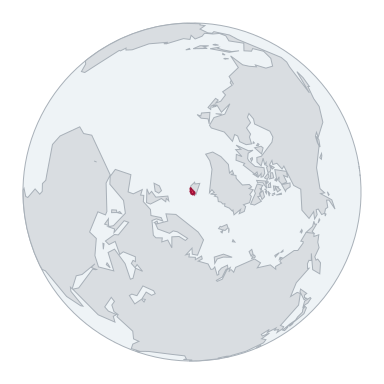 Austurland highlighted on a globe, orthographic projection, rotated 117°
{"feature_id": "ISL-695", "entity_name": "Austurland", "entity_type": "Region", "adm_level": 1, "iso_a3": "ISL", "parent_name": "Iceland", "parent_adm1": "", "projection": "orthographic", "projection_center": [-15.126, 64.88], "detail": "fine", "context": "on_globe", "style": "filled", "palette": "rose", "viewbox_px": 384, "rotation_deg": 117, "n_neighbors": 0, "source": "natural_earth", "source_scale": "10m", "svg_char_len": 12038}
<svg xmlns="http://www.w3.org/2000/svg" viewBox="0 0 384 384"><g transform="rotate(117 192 192)"><circle cx="192" cy="192" r="169" fill="#eef3f6" stroke="#a8b0b8"/><path d="M45.7,276.5L38.4,261.2L39.5,260.8L37.9,256.0L43.2,258.8L43.0,250.2L41.4,246.1L39.2,245.3L35.1,229.8L35.3,220.6L31.6,173.6L33.2,166.6L36.2,162.0L50.4,132.4L37.1,153.2L39.7,144.9L44.7,135.3L45.4,136.6L53.6,125.9L58.0,117.6L70.4,107.1L85.9,104.4L82.3,108.2L86.4,107.3L91.2,102.6L93.3,99.7L113.9,92.0L130.9,79.5L132.5,73.4L135.1,76.7L135.5,63.9L142.3,56.8L137.0,66.3L138.2,68.4L144.0,64.1L146.5,65.4L150.7,64.2L153.2,66.2L149.9,71.8L151.4,73.3L155.4,70.2L160.4,70.5L154.3,74.7L162.4,75.7L158.3,85.8L140.1,96.4L140.0,104.4L127.2,121.9L130.6,122.2L127.9,129.4L130.8,132.5L127.6,135.1L132.7,135.3L135.1,132.4L138.2,131.6L140.1,133.2L136.3,136.7L134.8,136.4L134.7,138.3L132.0,139.4L134.5,139.8L129.6,144.0L137.3,142.3L135.8,147.7L131.8,149.9L128.6,146.4L111.3,143.4L106.3,144.9L102.5,150.2L103.0,167.1L99.0,170.3L96.2,176.9L100.1,176.6L103.7,171.3L110.2,172.5L113.8,166.1L116.9,165.8L122.1,160.8L125.2,165.2L125.5,172.3L121.4,176.7L121.4,180.1L128.5,178.9L123.9,190.5L126.2,203.9L124.6,206.7L115.7,206.2L107.7,198.1L96.2,198.3L107.6,202.0L103.3,209.1L104.3,212.0L106.8,214.0L110.0,212.8L109.4,216.1L97.9,213.5L98.2,210.4L101.9,211.2L98.1,207.6L90.3,206.2L88.8,210.2L78.6,204.7L77.4,207.5L74.5,208.0L77.2,203.8L72.2,211.4L60.1,207.2L53.2,219.4L55.7,204.6L54.0,198.1L51.2,191.4L50.0,193.2L48.1,182.4L43.3,177.3L37.1,182.5L34.1,192.1L36.7,203.1L39.5,202.9L42.6,209.8L35.9,213.4L40.6,227.7L37.5,232.8L38.3,239.6L41.7,245.1L44.9,252.9L48.7,253.8L54.2,258.7L52.8,263.9L57.0,263.1L59.2,269.2L71.1,281.6L69.8,281.9L79.5,297.6L92.5,309.9L95.5,315.3L93.7,316.1L98.8,319.9L98.9,321.1L121.1,334.2L134.2,341.8L134.9,345.2L126.2,344.8L123.7,346.5L120.5,345.1L109.0,339.2L98.1,332.4L87.6,324.9L77.8,316.5L68.7,307.5L60.2,297.8L52.6,287.4L45.7,276.5ZM91.4,56.3L91.7,56.0L89.9,57.4L91.4,56.3ZM93.8,54.5L93.1,55.0L93.9,54.4L93.8,54.5ZM95.3,53.5L94.2,54.2L95.4,53.4L95.3,53.5ZM97.3,52.1L96.2,52.8L96.3,52.8L97.3,52.1ZM50.6,222.2L56.1,240.9L50.9,233.8L52.2,234.4L51.3,228.9L48.8,220.3L44.8,214.2L50.6,222.2ZM100.6,49.9L101.5,49.4L100.6,50.0L100.6,49.9ZM57.7,222.7L56.6,219.8L58.0,222.2L57.7,222.7ZM93.8,98.3L91.0,102.4L85.8,106.3L87.8,102.7L93.8,98.3ZM104.1,91.6L103.5,93.7L98.9,94.1L100.7,92.8L104.1,91.6ZM133.0,68.9L130.3,71.5L132.1,68.6L133.0,68.9ZM150.8,63.7L150.8,62.6L153.0,62.4L150.8,63.7ZM120.0,158.7L121.0,159.7L119.5,160.1L120.0,158.7ZM121.3,155.6L118.9,155.4L119.1,153.9L120.6,154.1L121.3,155.6ZM158.8,65.4L162.4,65.6L158.2,66.4L158.8,65.4ZM124.2,156.3L119.9,151.3L120.4,148.7L126.5,147.3L124.2,156.3ZM164.0,66.4L172.6,67.0L173.4,64.5L176.2,72.0L167.9,68.9L162.7,70.1L165.0,68.1L164.0,66.4ZM135.0,130.8L132.6,134.0L132.8,129.9L135.0,130.8ZM134.4,128.4L130.8,117.3L135.4,113.5L135.7,117.9L140.2,112.0L144.2,115.6L142.7,119.7L138.9,121.3L143.3,121.5L134.4,128.4ZM176.4,76.2L177.9,77.3L175.6,77.2L176.4,76.2ZM139.4,131.0L138.3,129.0L142.2,125.6L145.2,128.9L143.0,128.9L139.4,131.0ZM139.4,108.8L142.8,106.9L147.1,109.3L149.0,108.9L144.7,115.4L139.4,108.8ZM143.1,130.5L146.6,130.7L146.5,133.8L140.8,132.7L143.1,130.5ZM141.9,123.3L143.9,121.9L143.8,123.7L141.9,123.3ZM148.3,145.3L146.9,142.8L148.8,140.8L148.3,145.3ZM147.9,130.6L147.9,129.5L148.5,128.5L150.8,129.3L147.9,130.6ZM148.0,116.7L149.0,118.1L149.9,114.1L153.1,115.9L149.7,119.9L152.5,118.9L153.5,119.5L149.6,122.2L148.0,116.7ZM154.9,127.0L151.6,133.0L153.9,137.8L152.3,139.7L148.9,131.6L154.9,127.0ZM152.1,123.9L153.4,126.2L150.7,127.3L148.2,126.4L152.1,123.9ZM156.5,115.6L152.5,111.9L153.4,111.2L156.5,115.6ZM156.1,128.2L156.8,126.8L156.5,128.4L156.1,128.2ZM157.0,119.2L155.4,118.0L156.5,117.2L157.0,119.2ZM159.6,125.0L158.6,126.8L156.8,126.3L159.6,125.0ZM158.8,122.1L160.6,121.3L156.8,124.9L158.0,121.7L158.8,122.1ZM158.2,118.7L158.3,117.8L158.7,119.3L158.2,118.7ZM166.9,126.2L162.5,130.9L158.6,129.5L163.4,125.2L166.9,126.2ZM339.0,108.7L340.7,112.0L342.6,115.4L343.9,118.0L343.4,117.0L341.6,115.6L345.2,123.6L343.3,121.2L341.3,124.1L345.7,135.9L353.8,158.4L357.6,166.0L359.1,175.0L354.4,175.7L349.2,171.5L349.4,177.4L342.9,181.6L337.2,202.2L334.7,202.2L334.0,207.2L329.1,212.1L324.7,211.4L322.5,216.1L334.0,217.6L336.1,212.4L335.5,203.6L338.5,205.7L342.9,201.6L344.0,219.8L332.7,254.1L328.9,249.4L305.8,245.5L304.9,242.4L304.7,242.2L304.3,241.8L305.0,247.5L300.1,245.9L315.4,252.5L319.2,257.1L332.6,254.8L332.0,257.1L335.5,254.8L343.2,237.3L343.9,239.5L342.0,256.3L328.8,286.8L329.0,290.3L326.2,294.6L318.0,304.6L309.0,313.9L299.4,322.5L289.1,330.3L278.3,337.3L266.9,343.4L264.9,343.4L271.5,338.1L271.4,335.8L260.5,333.2L263.1,326.7L259.5,325.7L252.4,329.1L247.9,327.6L243.4,329.0L213.0,337.9L202.0,335.0L184.9,321.6L189.1,315.1L186.9,307.1L213.9,272.6L223.0,272.6L248.0,259.0L251.7,258.7L252.4,266.9L274.1,265.1L276.8,256.2L292.8,249.6L301.2,241.3L297.8,225.9L284.0,239.3L278.1,235.1L286.2,219.1L297.7,207.3L295.7,205.4L285.5,207.7L285.1,200.0L281.6,208.0L285.3,208.4L283.2,213.6L279.7,213.5L279.7,210.8L275.4,213.1L276.5,226.1L280.4,228.0L270.9,238.0L276.5,242.1L275.0,246.9L265.1,241.8L263.7,238.2L247.8,234.7L248.4,239.4L263.5,243.1L260.1,244.2L261.0,251.0L257.7,246.7L241.2,241.7L230.6,249.2L222.4,268.7L215.2,272.0L206.7,270.6L204.3,254.3L220.9,249.0L220.3,243.5L212.4,237.4L218.1,236.4L216.9,233.4L222.7,231.0L226.4,221.1L231.6,217.9L228.8,207.9L231.1,204.9L232.1,211.6L235.6,214.7L248.1,206.8L249.2,203.4L246.4,197.6L250.2,196.3L245.8,191.8L250.9,184.6L241.1,189.6L237.5,183.3L238.2,175.9L235.3,174.8L234.1,187.0L235.2,191.1L239.0,193.2L240.5,205.6L237.2,209.7L228.9,200.4L223.3,205.3L219.3,196.2L224.9,168.3L229.4,160.0L245.8,158.4L247.3,163.5L242.0,166.5L250.8,169.0L248.2,166.2L251.3,165.3L248.7,159.3L250.8,158.3L244.7,154.4L247.0,152.5L250.8,155.1L248.8,145.0L252.4,140.0L251.0,138.2L248.4,137.7L254.7,131.8L253.3,130.7L250.7,132.3L246.4,131.2L241.1,127.2L243.6,125.4L245.8,126.6L254.2,126.5L259.7,130.2L260.2,129.0L255.9,125.4L245.7,125.5L241.9,123.6L246.6,122.8L244.6,123.0L243.4,121.5L244.6,118.4L239.3,118.9L223.3,105.9L224.0,98.8L229.9,99.4L221.4,89.1L222.8,82.3L220.4,83.7L214.7,80.0L214.2,82.0L212.6,82.4L197.7,74.4L196.1,71.2L187.0,69.8L185.7,70.5L186.4,72.7L176.2,72.0L173.4,64.5L176.3,63.2L172.5,59.6L179.7,57.1L183.9,53.5L194.0,53.2L196.4,50.6L194.7,49.5L196.7,45.4L206.9,41.0L206.4,49.2L192.5,57.8L198.9,54.6L199.8,56.8L203.5,56.6L207.7,54.3L206.8,53.1L225.5,57.9L240.4,56.7L233.7,52.7L233.2,49.4L244.4,45.7L270.8,52.6L270.4,49.2L272.8,49.2L278.6,52.5L275.2,52.5L277.7,55.7L275.0,55.4L283.0,61.1L279.4,60.8L287.5,65.6L288.4,64.0L282.6,58.9L291.2,63.4L290.0,59.1L293.9,59.8L309.5,71.7L319.4,82.3L320.9,83.6L322.7,86.7L328.3,93.6L327.8,91.5L339.0,108.7ZM208.6,290.6L208.8,293.3L208.6,290.6ZM312.7,200.8L317.7,192.2L310.5,188.3L311.8,184.8L308.9,184.8L309.9,188.1L302.0,187.4L302.4,181.1L299.3,178.6L297.4,181.4L298.0,193.1L309.4,194.0L310.3,199.3L312.7,200.8ZM71.5,282.0L72.7,284.4L70.7,282.5L71.5,282.0ZM49.1,235.0L50.7,238.0L51.3,240.4L49.8,238.4L49.1,235.0ZM65.8,258.6L68.2,262.1L65.2,259.4L65.8,258.6ZM57.2,243.6L63.8,256.0L58.1,251.3L54.1,243.5L57.4,247.5L57.2,243.6ZM54.8,224.7L55.6,227.0L54.6,227.5L54.8,224.7ZM58.8,224.4L58.3,223.8L58.3,222.0L58.8,224.4ZM104.0,209.3L104.9,209.6L107.0,212.1L105.1,211.9L104.0,209.3ZM122.1,217.4L120.7,222.6L120.3,218.7L117.3,219.4L112.9,212.2L123.5,207.7L119.5,210.9L122.1,217.4ZM109.9,201.6L111.5,206.5L109.3,201.3L109.9,201.6ZM204.7,219.8L208.1,221.1L208.0,225.2L201.4,229.8L201.4,223.8L204.7,219.8ZM213.0,221.9L206.6,211.7L210.5,208.6L209.4,212.0L212.6,211.0L211.7,216.3L221.6,223.6L222.1,227.7L209.6,233.6L213.4,229.3L209.8,228.3L213.0,221.9ZM183.5,193.0L180.8,189.0L192.7,187.3L193.9,191.2L187.4,195.9L182.1,194.1L183.5,193.0ZM135.8,155.0L134.0,154.0L135.1,153.0L137.5,153.0L135.8,155.0ZM147.5,144.3L144.8,158.5L142.6,158.0L143.7,167.2L138.3,169.6L137.8,163.5L134.4,172.3L131.8,167.8L130.2,174.0L129.6,160.2L127.1,156.6L131.9,159.6L137.0,157.6L138.4,155.6L140.6,147.4L137.7,138.9L142.2,135.7L146.1,135.7L147.5,137.2L144.2,138.8L148.4,139.7L144.6,143.2L147.5,144.3ZM189.9,140.1L185.4,140.8L193.3,144.2L189.5,147.3L190.7,147.5L189.4,151.4L189.8,156.5L187.5,157.4L188.7,159.0L187.8,161.7L188.6,164.2L184.9,166.8L185.5,170.2L183.4,169.4L185.5,174.6L182.3,171.9L180.9,175.3L184.8,176.1L162.7,184.5L156.0,190.4L152.1,197.0L147.0,191.7L147.3,182.4L150.9,172.1L158.1,167.2L154.5,165.9L156.9,163.2L158.8,165.4L157.3,160.4L159.8,158.8L162.9,150.3L159.3,144.4L160.4,141.2L163.0,142.8L162.3,138.5L168.0,139.4L168.9,137.2L175.4,135.9L180.0,140.4L180.6,137.6L185.6,136.6L189.9,140.1ZM168.8,126.0L175.2,130.4L176.2,134.3L164.4,134.9L162.8,136.8L155.3,137.5L153.9,131.9L156.2,132.2L158.1,131.2L157.8,133.3L159.5,130.8L162.7,131.2L164.8,129.4L166.3,131.3L168.8,126.0ZM253.8,254.3L256.2,253.3L259.7,251.0L260.3,255.3L253.8,254.3ZM242.4,251.1L244.4,249.6L246.9,254.3L244.3,255.4L242.4,251.1ZM243.3,244.9L244.3,249.2L242.2,247.5L243.3,244.9ZM233.7,210.0L235.5,208.1L236.5,209.2L236.5,211.8L233.7,210.0ZM212.6,151.7L209.8,151.3L209.8,150.1L205.1,146.2L207.5,143.7L211.3,145.1L212.6,151.7ZM296.7,230.5L295.6,235.4L293.7,235.5L294.5,233.8L296.7,230.5ZM278.0,246.9L283.3,245.0L278.1,248.1L278.0,246.9ZM214.4,148.3L212.2,147.0L214.8,146.6L214.4,148.3ZM209.0,141.7L211.7,140.8L207.3,143.0L209.0,141.7ZM357.8,165.9L358.7,166.0L359.3,170.0L357.8,165.9ZM322.4,84.9L325.2,88.6L324.5,88.0L320.5,83.1L322.4,84.9ZM296.9,60.8L299.6,62.2L301.1,63.3L301.1,63.8L296.9,60.8ZM231.9,126.6L235.8,134.6L240.2,139.1L245.3,139.3L239.9,142.6L233.1,135.7L231.9,126.6ZM224.2,108.6L219.8,108.6L220.5,106.5L221.6,106.2L224.2,108.6ZM222.4,110.1L219.2,114.1L216.0,112.7L219.1,109.8L222.4,110.1ZM217.1,131.0L218.0,133.5L215.9,133.8L217.1,131.0ZM267.0,43.9L266.1,44.3L262.4,42.4L264.1,42.6L267.0,43.9ZM249.6,37.0L261.1,42.0L270.2,46.6L268.8,45.2L273.4,46.6L273.9,48.5L265.5,45.0L259.1,41.6L255.4,41.2L249.0,39.1L246.2,40.0L242.6,39.3L243.2,37.5L249.6,37.0ZM245.3,40.6L238.1,42.1L232.4,38.8L232.7,37.7L238.4,38.4L241.1,40.1L245.3,40.6ZM234.7,41.6L237.1,43.3L231.8,50.5L229.2,51.2L230.3,43.7L232.7,44.9L235.0,43.9L234.7,41.6ZM178.9,76.0L178.0,77.2L177.5,75.8L178.9,76.0ZM212.4,83.6L210.2,83.9L209.7,82.2L212.4,83.6ZM203.8,83.9L205.9,85.6L202.6,84.5L203.8,83.9ZM210.9,89.4L206.3,86.6L212.1,88.2L210.9,89.4Z" fill="#d9dde1" stroke="#a8b0b8" stroke-width="1"/><path d="M192.6,188.7L192.6,188.8L192.6,189.0L192.4,189.2L192.4,189.3L192.3,189.5L192.5,189.4L192.8,189.4L193.0,189.3L192.9,189.5L193.0,189.6L192.9,189.7L192.9,189.8L192.7,190.0L192.8,190.0L192.8,189.9L193.0,189.7L193.1,189.8L193.1,189.7L193.3,189.8L193.5,189.8L193.6,190.0L193.8,190.0L193.8,190.3L193.8,190.5L193.7,190.5L193.5,190.8L193.4,190.8L193.6,190.8L193.8,190.7L193.9,190.8L193.8,191.0L193.7,191.0L193.4,191.0L193.5,191.0L193.8,191.0L193.7,191.2L193.8,191.2L193.8,191.3L193.9,191.2L194.0,191.1L194.0,191.3L194.0,191.5L193.9,191.5L193.7,191.7L193.4,191.4L193.4,191.5L193.1,191.5L193.5,191.6L193.8,191.8L193.7,191.9L193.4,191.9L193.6,191.9L193.7,192.0L193.4,192.2L193.4,192.3L193.4,192.5L193.1,192.5L193.0,192.4L192.9,192.3L192.9,192.2L192.8,192.3L192.9,192.5L193.0,192.5L192.9,192.6L192.9,192.8L192.7,192.8L192.8,193.0L192.9,192.9L193.0,192.8L192.9,193.0L192.8,193.3L192.7,193.4L192.5,193.5L192.5,193.4L192.4,193.5L192.2,193.7L192.3,193.7L192.3,193.8L192.2,193.8L192.1,193.7L192.0,193.8L191.9,193.7L191.9,193.8L191.9,193.7L191.7,193.7L191.6,193.4L191.6,193.5L191.7,193.8L191.4,193.9L191.2,194.0L191.3,194.0L191.2,194.1L190.9,194.2L190.8,194.3L190.7,194.4L190.6,194.5L190.4,194.6L190.5,194.6L190.4,194.7L190.3,194.8L190.2,194.9L190.3,194.8L190.1,195.0L189.9,195.0L189.7,195.0L189.6,194.9L189.6,195.0L189.4,195.2L189.1,195.2L189.1,194.7L189.1,194.4L189.8,193.2L190.0,192.7L190.1,192.4L190.1,192.2L190.1,191.9L190.4,191.8L190.4,191.7L190.5,191.6L190.6,191.4L190.7,191.1L190.7,190.9L190.8,190.8L190.9,190.7L190.7,190.4L190.8,190.3L190.8,190.2L190.9,189.9L191.3,190.0L191.3,189.9L191.3,189.7L191.3,189.4L191.6,189.4L191.7,189.2L191.8,189.2L192.0,189.0L192.0,188.9L192.5,188.9L192.6,188.7Z" fill="#f43f5e" stroke="#9f1239" stroke-width="1.5"/></g></svg>